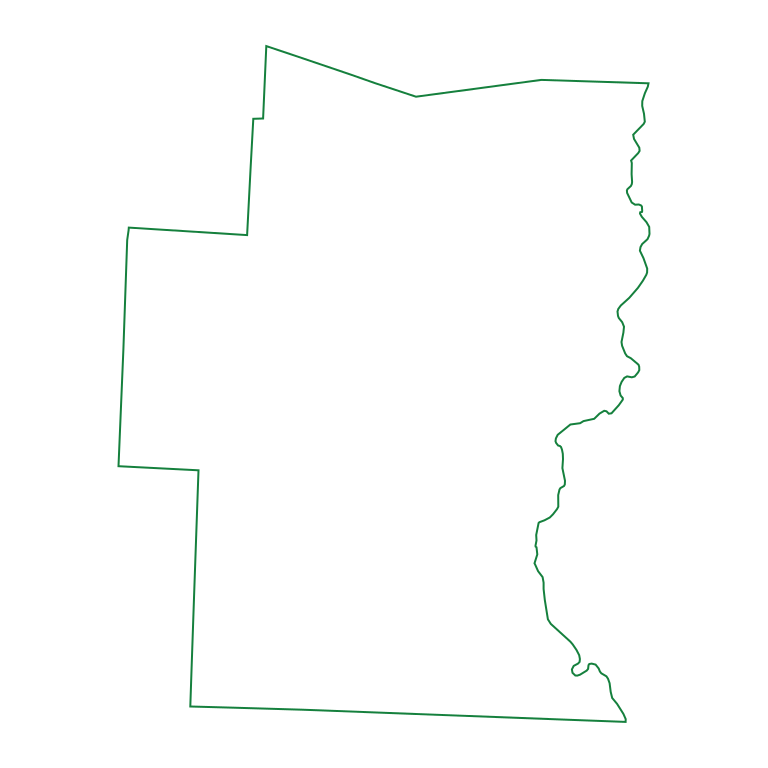 the district of Windham, Vermont, United States of America
{"feature_id": "52423323B2511363637596", "entity_name": "Windham", "entity_type": "district", "adm_level": 2, "iso_a3": "USA", "parent_name": "United States of America", "parent_adm1": "Vermont", "projection": "mercator", "projection_center": [-72.531, 42.995], "detail": "fine", "context": "isolated", "style": "outline", "palette": "green", "viewbox_px": 768, "rotation_deg": 0, "n_neighbors": 0, "source": "geoboundaries", "source_scale": "gbopen_adm2", "svg_char_len": 2278}
<svg xmlns="http://www.w3.org/2000/svg" viewBox="0 0 768 768"><path d="M625.6,721.9L625.7,719.1L623.4,713.9L617.1,703.9L612.2,698.0L610.7,691.9L609.6,683.2L608.0,678.7L606.4,676.3L601.3,673.3L599.9,671.5L598.7,668.5L595.6,664.6L591.7,663.6L589.3,664.0L588.5,665.2L588.1,668.9L586.7,670.6L580.0,674.7L577.3,675.6L575.3,675.5L572.5,672.8L571.9,669.4L573.7,665.9L578.0,663.6L579.6,661.9L579.9,659.0L579.2,655.2L576.5,650.0L572.7,644.4L570.4,641.7L550.8,623.9L547.9,619.3L544.8,599.9L543.6,589.0L543.6,582.7L542.6,577.1L538.1,571.2L535.2,564.7L534.5,563.3L537.3,554.4L536.5,547.3L535.6,546.6L535.5,545.7L536.5,540.5L536.2,535.0L538.6,523.0L539.4,522.2L544.5,520.3L549.8,517.5L553.0,514.3L557.1,509.0L558.3,506.7L558.2,495.1L559.5,489.5L560.4,488.1L564.0,486.0L564.8,484.5L565.0,480.8L562.4,468.1L563.0,459.1L562.8,453.8L562.0,449.7L561.0,447.0L559.9,446.0L558.1,445.5L556.1,442.9L555.5,441.2L555.9,438.4L557.7,434.8L570.4,424.5L580.1,423.2L583.5,421.1L594.2,418.8L599.5,413.6L604.2,410.8L606.5,411.3L608.8,413.7L611.5,413.3L618.8,405.2L622.8,399.6L622.8,398.1L620.6,395.5L619.4,391.2L619.9,386.1L621.6,381.9L624.3,377.9L627.1,376.4L631.8,377.3L634.7,376.5L638.1,372.4L639.3,370.1L639.2,366.7L638.5,364.7L630.8,358.2L627.0,356.2L625.2,353.5L622.1,345.8L621.5,342.0L623.4,332.6L624.0,326.7L622.2,322.2L618.8,318.0L618.0,315.9L617.5,311.5L618.3,308.9L620.8,305.5L629.2,297.9L637.9,287.9L642.9,280.7L646.3,274.8L647.1,272.5L647.2,268.6L643.5,258.2L639.9,250.7L640.5,247.1L642.2,244.0L647.5,239.2L649.1,235.7L649.5,233.9L649.2,226.9L646.5,222.2L644.6,220.0L641.8,216.8L640.0,213.6L640.2,212.3L642.0,211.9L642.2,211.0L641.9,206.5L641.0,205.4L638.8,204.5L635.1,204.7L631.7,202.5L627.1,192.9L626.9,190.4L627.5,189.1L630.9,186.0L631.8,184.1L632.1,182.0L631.6,174.2L631.8,163.0L631.1,160.5L638.2,153.1L639.6,150.9L639.3,147.7L634.0,138.9L633.2,134.7L643.7,123.9L644.8,121.7L644.0,113.8L642.2,105.9L642.3,101.1L644.9,93.2L647.8,86.7L648.5,83.3L541.3,79.9L416.0,96.7L374.9,83.1L351.3,74.8L292.6,54.9L266.3,46.1L263.1,118.5L253.3,118.8L250.6,168.0L247.1,235.1L128.8,227.6L128.6,230.2L127.2,240.0L123.4,349.1L118.5,466.2L198.5,470.3L194.2,592.3L191.5,670.6L190.3,706.5L234.1,707.7L302.1,709.7L318.7,710.3L415.6,714.0L571.9,719.9L625.6,721.9Z" fill="none" stroke="#15803d" stroke-width="2"/></svg>